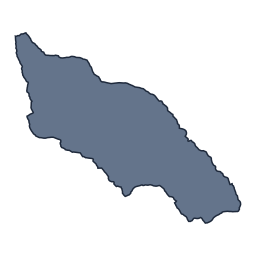 Chhume, Bumthang, Bhutan (Mercator projection)
{"feature_id": "84629894B49965990869274", "entity_name": "Chhume", "entity_type": "district", "adm_level": 2, "iso_a3": "BTN", "parent_name": "Bhutan", "parent_adm1": "Bumthang", "projection": "mercator", "projection_center": [90.767, 27.465], "detail": "fine", "context": "isolated", "style": "filled", "palette": "slate", "viewbox_px": 256, "rotation_deg": 0, "n_neighbors": 0, "source": "geoboundaries", "source_scale": "gbopen_adm2", "svg_char_len": 5790}
<svg xmlns="http://www.w3.org/2000/svg" viewBox="0 0 256 256"><path d="M15.4,36.2L15.6,40.1L16.0,42.4L15.7,43.4L16.2,46.5L15.9,48.2L16.4,48.8L16.7,50.0L16.8,51.6L16.3,52.3L16.3,52.7L16.5,53.8L17.0,54.7L17.1,56.4L17.8,57.5L18.3,58.5L18.6,59.4L19.8,61.5L19.9,62.4L20.1,63.0L21.7,65.3L22.3,66.5L22.3,66.9L21.6,68.3L21.7,69.2L22.3,70.8L22.1,72.4L22.5,73.1L22.8,75.2L23.5,76.3L23.7,77.0L25.5,79.4L26.3,81.1L27.0,81.8L28.1,82.2L28.2,83.2L27.6,85.2L27.6,85.8L27.4,87.0L27.2,87.7L27.1,88.7L26.8,90.9L27.1,92.0L27.8,92.4L28.7,93.2L29.0,93.9L29.1,96.1L29.7,96.8L30.0,97.7L30.0,98.5L30.9,100.0L31.9,101.1L31.9,101.5L31.3,102.0L31.2,105.3L31.0,107.7L31.5,109.1L33.1,112.1L33.3,112.7L32.5,113.3L30.4,114.1L27.6,116.0L27.0,116.2L27.2,117.4L27.9,119.0L28.8,120.3L29.1,122.7L29.7,124.2L29.4,126.0L29.8,127.7L30.8,129.7L31.7,131.2L32.4,132.1L33.3,133.5L34.1,134.3L35.3,135.0L35.7,135.9L39.3,137.6L41.4,137.7L43.4,138.1L45.2,138.2L46.2,138.0L47.6,137.6L49.2,137.5L51.7,137.2L53.5,137.3L57.7,139.0L59.8,139.6L60.7,140.2L60.8,140.6L60.8,142.1L60.2,142.9L60.4,144.3L60.8,145.0L60.8,146.1L61.7,147.5L63.2,148.0L65.0,149.0L65.3,149.7L67.4,150.2L69.5,150.4L72.3,152.2L73.5,152.0L80.3,152.9L82.6,156.6L83.5,156.6L84.3,156.9L85.4,157.6L86.0,157.8L86.6,157.7L87.9,158.0L92.0,158.5L92.9,158.9L93.3,159.3L93.2,160.1L93.0,160.8L93.1,161.3L94.5,162.5L96.1,164.0L96.7,165.5L97.6,166.5L97.9,168.2L100.2,168.1L101.7,168.1L103.4,170.1L104.5,171.8L105.6,172.8L106.7,174.1L107.7,175.7L108.4,176.4L108.4,177.7L108.3,178.3L108.8,179.8L109.2,180.4L109.9,181.0L111.5,181.7L113.3,181.7L113.7,181.8L114.1,182.6L113.9,183.9L115.9,186.1L116.5,186.5L117.6,186.1L119.8,186.9L120.8,187.0L121.1,187.1L121.2,187.9L121.8,188.6L122.0,189.5L122.5,191.5L122.5,193.3L123.0,193.8L123.6,194.8L125.2,196.4L126.6,195.9L128.0,195.2L129.1,194.9L130.7,193.3L130.8,193.0L130.7,192.2L131.9,191.0L132.5,189.7L133.3,188.5L134.8,187.2L136.0,186.6L140.0,185.6L141.0,185.2L142.0,184.9L143.0,185.5L144.0,185.4L145.2,184.9L147.9,185.2L150.1,184.7L152.2,185.2L153.4,185.8L155.4,186.1L156.9,186.1L158.2,185.7L159.6,185.5L161.4,186.7L162.1,187.4L163.7,188.6L164.3,189.5L164.7,190.9L165.5,191.5L167.4,194.4L168.9,196.1L169.5,196.6L171.3,196.7L173.0,197.3L173.6,198.0L173.9,199.0L175.4,200.5L176.4,201.1L175.8,202.0L174.6,202.8L175.0,203.7L175.6,204.5L175.9,205.5L176.5,206.4L177.2,208.0L178.2,208.6L179.1,209.7L179.8,210.9L181.2,213.6L181.9,214.1L182.9,214.3L184.4,215.6L186.1,216.6L187.0,218.0L187.5,219.5L188.7,221.4L190.6,221.4L191.2,220.9L192.0,220.7L193.5,218.6L194.2,218.2L194.8,218.2L196.7,218.5L198.1,218.5L199.7,218.0L200.6,217.5L201.6,218.1L202.4,219.2L203.0,220.4L203.7,221.0L205.3,223.1L206.1,222.9L207.2,222.9L209.5,221.9L210.9,221.1L212.3,219.8L212.9,218.7L213.6,217.7L215.4,216.3L217.4,215.1L217.7,215.1L218.2,214.9L218.5,214.7L219.0,214.5L219.8,213.8L221.6,213.0L221.9,212.8L222.1,212.2L223.5,211.7L227.4,211.3L229.4,211.5L231.1,211.5L232.4,211.7L233.0,211.7L234.6,211.6L237.6,211.5L238.5,211.0L238.8,210.2L239.3,209.6L239.4,209.2L239.3,207.7L239.6,207.3L240.2,205.9L240.6,204.7L240.6,203.9L240.4,202.4L240.3,202.1L239.6,201.1L238.7,200.3L238.0,199.5L237.8,197.8L237.6,197.3L237.5,196.3L237.4,195.8L236.6,195.0L236.0,194.1L235.6,192.2L234.9,190.4L234.2,188.4L234.1,187.4L233.6,186.7L233.5,186.1L233.4,185.9L232.6,185.3L232.3,185.0L232.1,183.7L231.8,183.8L230.3,184.5L230.0,184.5L229.7,183.9L229.2,182.0L228.6,180.5L228.2,178.7L227.7,178.0L227.3,177.7L226.9,177.5L224.9,176.9L224.2,176.4L223.8,176.3L223.3,175.6L222.7,173.7L222.0,173.1L221.3,172.9L221.1,172.7L220.8,172.0L220.4,171.7L219.9,171.5L218.1,171.3L217.2,171.1L216.7,170.7L216.4,170.3L215.8,169.7L215.7,169.4L215.5,168.5L215.4,168.1L215.7,167.1L215.4,166.3L214.8,165.8L213.6,165.2L213.1,164.4L212.4,163.2L211.8,161.7L211.8,161.4L211.4,160.0L211.3,158.3L210.9,157.4L208.3,155.9L207.1,153.9L206.4,152.3L206.0,151.8L205.6,151.6L204.2,151.1L203.8,150.8L203.3,150.7L201.9,150.8L201.1,150.7L199.3,149.9L199.0,149.7L198.1,148.7L197.4,147.8L195.8,146.4L195.1,145.1L194.9,144.0L194.3,143.2L193.5,142.4L193.2,142.2L192.5,142.0L192.2,141.8L191.6,140.8L191.2,140.4L190.3,140.5L189.1,141.1L188.7,141.2L188.0,141.0L187.9,140.3L188.2,139.3L187.9,138.6L185.8,136.9L185.2,136.2L185.5,136.0L186.4,134.1L186.5,132.8L186.0,131.0L185.7,130.9L184.9,129.9L184.3,129.6L183.7,129.3L182.2,128.8L179.4,128.3L179.3,125.8L179.0,124.9L177.5,123.6L177.5,123.0L177.4,122.8L177.4,122.3L176.4,119.5L175.3,118.7L174.4,117.4L173.2,116.6L173.0,116.0L173.0,115.2L172.8,114.6L172.8,114.4L171.6,113.8L170.3,112.6L168.1,111.0L167.6,110.4L167.5,108.0L166.7,106.8L166.3,106.3L165.3,105.7L164.6,105.0L163.0,104.0L163.0,103.5L162.9,103.2L162.4,102.6L162.1,102.1L162.1,101.8L162.0,101.4L160.8,100.9L159.9,101.1L159.4,101.1L159.0,100.9L157.5,99.2L155.3,96.2L153.7,94.8L152.0,94.2L150.8,94.1L149.5,93.3L147.8,91.7L146.2,91.2L144.7,89.8L143.3,88.7L141.5,88.4L139.5,87.6L135.1,87.0L132.1,85.4L131.5,85.3L130.6,84.8L129.0,84.2L127.6,83.4L125.7,82.9L123.4,83.0L119.2,82.7L114.4,83.2L112.9,83.4L111.1,83.6L106.8,82.7L104.5,82.1L103.2,81.9L102.1,81.9L101.6,81.6L100.8,81.0L100.5,80.6L100.1,79.2L99.5,78.5L98.6,76.8L96.6,75.8L95.5,75.0L94.2,74.3L93.5,72.9L92.7,71.7L91.4,67.5L90.9,66.7L90.1,66.0L89.0,63.3L87.7,61.4L87.1,60.2L84.7,59.3L83.6,59.2L82.8,59.0L82.2,58.5L79.9,57.6L76.1,57.4L74.6,56.7L72.5,56.4L71.2,56.4L69.4,57.2L68.2,57.4L66.8,57.3L66.3,57.4L65.0,57.7L63.9,57.8L62.9,58.0L61.5,57.9L60.5,57.8L58.9,56.9L58.4,55.8L55.6,55.2L54.1,55.6L49.6,55.5L48.4,55.3L47.2,55.3L45.6,55.1L45.1,54.7L44.2,53.5L44.0,52.8L43.7,52.2L42.2,51.7L41.4,51.3L41.1,50.0L39.5,48.6L38.5,48.2L36.7,45.7L36.1,45.4L34.8,43.7L33.4,42.9L32.5,42.6L31.0,40.3L30.6,38.9L29.6,37.5L28.6,36.0L27.6,34.9L26.2,33.6L26.1,33.0L25.4,32.9L23.2,33.9L21.1,34.0L20.3,34.7L19.3,35.7L17.8,35.6L17.1,36.0L15.8,36.4L15.4,36.2Z" fill="#64748b" stroke="#1e293b" stroke-width="1.5"/></svg>